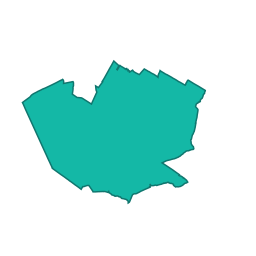 outline of Bahna, Neamt, Romania, rotated 240°
{"feature_id": "2599482B15679101167619", "entity_name": "Bahna", "entity_type": "district", "adm_level": 2, "iso_a3": "ROU", "parent_name": "Romania", "parent_adm1": "Neamt", "projection": "orthographic", "projection_center": [26.776, 46.763], "detail": "fine", "context": "isolated", "style": "filled", "palette": "teal", "viewbox_px": 256, "rotation_deg": 240, "n_neighbors": 0, "source": "geoboundaries", "source_scale": "gbopen_adm2", "svg_char_len": 5522}
<svg xmlns="http://www.w3.org/2000/svg" viewBox="0 0 256 256"><g transform="rotate(240 128 128)"><path d="M139.3,204.1L139.4,203.8L139.4,203.4L138.1,201.4L137.9,200.8L137.5,200.3L136.9,199.8L136.5,198.9L140.1,196.8L142.0,195.7L142.6,195.2L145.8,193.6L149.1,191.6L150.0,191.2L154.9,188.3L155.7,187.6L156.0,187.4L156.7,187.1L159.4,185.6L161.1,184.7L161.4,184.6L161.7,184.5L160.2,182.9L160.1,182.6L160.0,182.3L159.7,181.9L158.8,180.8L158.3,180.2L157.6,179.9L157.5,179.6L157.0,179.3L159.3,178.4L161.8,177.1L162.5,176.6L163.5,175.9L166.5,174.3L167.0,173.8L167.4,173.6L167.9,173.4L171.0,171.6L168.6,164.5L172.2,162.1L173.9,161.2L174.5,161.0L175.3,161.0L175.8,160.9L175.7,158.3L175.6,158.1L175.7,157.2L176.4,157.4L176.8,157.7L177.1,157.6L177.3,157.3L177.5,156.8L177.9,157.3L178.3,157.3L178.6,156.8L178.8,157.0L178.9,156.8L179.0,156.5L179.2,156.3L179.8,156.5L179.8,155.8L180.3,156.0L180.3,155.7L180.5,155.3L180.9,155.2L181.1,154.7L181.7,154.7L185.5,152.5L186.1,152.4L186.3,152.2L185.6,151.1L183.7,147.9L184.3,147.6L186.5,151.3L193.1,149.2L191.0,145.8L188.7,141.8L186.8,138.7L185.2,136.0L184.0,134.0L182.8,132.0L181.9,130.3L181.1,128.8L180.6,129.1L177.8,122.6L180.6,121.0L176.8,119.3L175.4,119.1L174.6,118.8L174.3,118.6L174.1,118.3L173.9,117.9L173.7,117.6L168.1,109.8L167.0,108.3L176.6,103.3L177.4,102.7L178.0,101.9L179.6,99.6L179.9,99.2L180.1,99.0L180.9,98.7L185.1,96.7L187.4,98.5L187.9,98.9L189.4,100.0L190.6,100.6L191.0,100.9L191.8,101.9L192.6,102.3L193.5,102.9L194.5,103.4L195.1,103.6L195.7,103.5L198.1,96.4L198.8,94.5L199.3,94.9L199.7,95.1L200.2,95.4L201.5,95.9L201.9,95.9L202.8,95.7L202.7,94.5L202.7,93.8L202.9,93.8L203.1,88.4L203.3,85.4L203.4,83.8L203.6,81.1L204.0,76.2L204.4,73.6L204.5,71.1L204.8,67.5L204.7,67.1L204.9,64.1L204.9,62.4L204.7,60.7L203.9,58.7L203.5,55.2L203.2,52.3L202.8,49.3L201.9,49.3L200.9,49.2L195.7,48.6L164.4,45.6L155.2,44.7L145.6,43.8L140.7,43.3L136.8,43.0L135.2,42.8L134.7,42.8L132.5,42.6L132.2,42.6L131.4,42.3L131.2,42.3L131.0,42.5L130.9,42.4L130.7,42.4L120.6,46.9L119.7,47.4L118.9,47.7L117.5,48.4L114.9,49.5L113.6,50.1L112.9,50.5L112.4,50.6L112.0,50.8L111.6,50.9L109.6,51.9L105.1,53.8L103.9,54.4L101.0,55.7L98.3,56.8L99.8,59.3L99.8,59.5L99.7,59.5L99.5,59.9L99.4,60.2L99.4,60.4L99.2,61.0L99.1,61.8L98.9,62.6L98.8,63.2L98.5,64.2L98.3,64.5L97.9,65.1L97.8,65.4L92.2,65.8L90.8,65.9L90.2,65.8L89.0,67.8L88.2,69.5L85.3,75.0L85.2,75.0L84.6,76.2L83.2,77.6L82.0,78.7L82.3,79.0L82.5,79.4L82.2,79.3L81.9,79.3L81.5,79.5L80.5,79.7L79.2,80.4L78.2,80.5L77.6,81.1L77.1,81.6L76.7,81.9L76.6,82.1L76.4,82.3L76.2,82.2L75.7,82.4L75.5,82.8L75.2,83.0L74.9,83.7L74.7,84.4L74.6,84.6L74.1,85.2L73.8,85.4L73.5,85.5L73.2,85.6L72.3,86.5L72.1,87.0L70.5,87.2L70.2,87.3L69.6,88.0L68.7,89.1L67.9,89.8L67.6,90.2L66.5,91.1L66.3,91.2L65.9,91.1L65.5,91.2L64.6,91.5L64.4,91.5L63.9,91.4L63.4,90.9L63.0,90.7L63.1,92.1L63.7,93.0L64.9,94.5L65.6,95.5L66.2,96.2L66.7,96.9L67.2,97.5L67.6,98.0L67.9,98.7L68.0,99.1L68.0,99.8L67.9,100.5L67.7,100.9L67.5,101.1L67.4,101.3L67.1,102.2L66.9,102.7L66.9,103.1L67.0,103.9L66.9,104.3L66.8,104.6L66.8,107.8L66.6,109.4L66.4,111.7L65.7,117.5L66.5,117.5L66.4,118.3L66.5,118.4L67.1,118.6L67.4,118.8L68.0,118.9L68.0,119.0L67.7,119.1L66.7,119.1L66.2,119.6L65.9,120.2L65.2,121.6L65.1,122.3L64.9,123.0L64.7,123.4L64.3,123.8L63.8,124.2L63.7,125.1L63.0,127.7L62.7,128.5L62.5,129.7L62.4,130.5L62.3,130.9L62.4,131.0L63.0,131.0L62.1,131.4L62.1,132.0L61.9,132.3L61.7,132.4L61.6,132.8L61.7,133.3L61.2,133.8L61.2,134.0L61.3,134.2L61.3,134.9L61.2,135.0L60.9,135.4L60.5,135.6L60.4,135.7L60.5,136.0L60.0,136.2L59.8,136.4L59.1,136.7L58.7,137.2L58.6,137.7L58.5,137.8L58.3,137.8L58.1,138.0L57.7,138.4L57.6,138.6L57.2,138.8L56.8,139.0L56.5,139.1L56.3,139.1L56.0,138.8L55.8,138.8L54.6,139.1L54.0,139.4L53.2,139.7L53.2,139.9L53.1,140.1L52.9,140.5L52.7,141.0L52.5,141.3L52.0,141.9L51.3,143.9L51.2,144.1L51.1,146.3L51.3,148.0L51.6,148.9L51.6,150.0L51.5,150.3L51.3,150.7L51.2,151.3L51.2,151.8L51.3,152.7L51.9,152.6L53.4,152.6L54.5,152.2L56.7,151.4L56.7,151.1L57.0,150.9L57.2,151.1L59.1,150.3L59.9,149.8L60.2,149.5L60.8,148.8L61.4,148.4L61.8,149.2L64.8,147.8L67.0,146.8L69.3,145.8L80.7,140.1L80.5,143.9L80.4,145.0L80.0,146.5L79.4,148.4L78.9,150.6L78.6,151.6L78.1,153.1L78.0,154.1L77.8,155.2L77.9,155.7L77.8,156.0L77.7,156.2L77.6,156.8L77.7,157.2L77.6,157.6L77.8,158.0L77.6,158.8L77.6,159.3L77.8,159.8L77.8,160.3L78.1,160.8L78.0,161.5L78.1,162.5L78.1,162.8L78.5,163.4L78.5,163.7L78.5,164.1L78.6,164.9L78.6,165.4L78.9,166.5L78.8,166.9L78.8,167.5L78.1,168.8L78.0,169.2L77.8,170.3L77.8,170.8L77.7,171.1L77.7,171.6L77.5,172.0L77.4,172.5L77.3,172.9L77.2,173.1L76.9,173.4L76.9,173.5L77.0,173.7L76.9,174.0L77.0,174.1L77.0,174.3L77.1,174.6L79.2,175.3L79.9,175.1L80.4,174.9L82.9,174.9L83.6,175.3L84.3,175.6L85.5,176.1L86.1,176.2L86.4,176.4L86.5,177.1L86.7,177.4L87.6,178.2L88.9,179.4L89.9,180.5L90.2,181.3L90.6,181.8L91.5,182.9L92.0,183.7L95.0,186.5L97.8,188.8L98.2,189.2L98.4,188.9L100.4,190.8L101.2,191.5L102.7,193.0L104.6,194.4L107.0,196.4L108.3,197.4L109.1,197.8L110.2,197.7L111.7,197.3L112.9,197.3L113.4,197.8L113.6,198.1L113.9,198.4L114.4,198.8L114.5,199.1L114.8,200.0L114.7,200.5L114.8,201.0L114.7,201.2L115.0,201.7L115.1,201.9L115.0,202.4L115.1,202.6L115.1,202.9L115.1,203.0L114.7,203.1L114.8,203.7L114.9,203.9L115.0,204.0L115.2,203.9L115.4,204.0L115.9,204.6L116.1,204.8L116.5,205.8L116.6,206.1L116.6,206.9L116.7,207.0L117.2,207.8L118.2,209.0L119.0,209.7L119.5,210.5L119.5,211.2L119.7,211.6L120.5,212.2L121.0,212.6L121.5,213.5L121.9,213.7L129.1,209.8L133.3,207.3L139.3,204.1Z" fill="#14b8a6" stroke="#0f766e" stroke-width="1.5"/></g></svg>